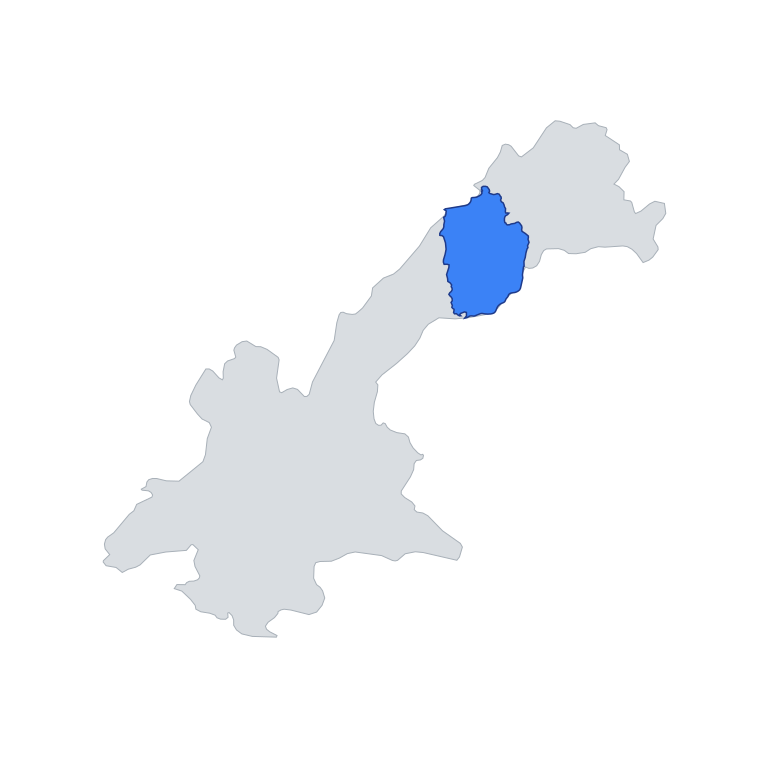 Laos, with Savannakhét highlighted, rotated 261°
{"feature_id": "LAO-3282", "entity_name": "Savannakhét", "entity_type": "Province", "adm_level": 1, "iso_a3": "LAO", "parent_name": "Laos", "parent_adm1": "", "projection": "robinson", "projection_center": [105.728, 16.499], "detail": "fine", "context": "in_parent", "style": "filled", "palette": "blue", "viewbox_px": 768, "rotation_deg": 261, "n_neighbors": 0, "source": "natural_earth", "source_scale": "10m", "svg_char_len": 6185}
<svg xmlns="http://www.w3.org/2000/svg" viewBox="0 0 768 768"><g transform="rotate(261 384 384)"><path d="M276.0,87.1L279.3,93.8L295.2,112.1L297.9,117.1L303.8,120.9L308.6,137.1L310.6,138.1L313.3,137.0L315.3,134.7L317.0,128.4L318.1,127.8L319.9,132.9L324.3,134.5L326.3,136.7L326.9,140.7L326.2,144.7L322.4,153.9L320.1,166.3L335.6,193.0L342.1,196.6L357.7,200.9L368.3,206.8L373.2,205.4L377.9,198.8L383.5,195.1L394.0,189.4L397.1,189.1L402.9,191.4L412.4,198.0L426.7,210.4L426.2,213.7L423.6,216.9L415.9,221.9L413.4,225.0L414.9,226.2L421.3,227.0L428.9,229.8L431.2,233.1L432.5,240.4L433.8,241.8L440.9,241.0L443.0,242.0L445.5,244.4L448.0,250.5L447.9,255.2L441.0,263.3L440.1,268.1L436.5,273.9L426.9,283.6L424.3,284.2L406.6,278.8L392.6,279.6L391.4,281.6L393.7,287.5L394.4,293.3L392.2,297.7L384.1,303.4L383.8,305.9L385.5,308.5L397.2,313.7L434.8,341.6L451.9,347.0L459.4,350.5L461.4,352.5L461.3,354.9L459.3,358.0L457.7,363.5L457.6,366.8L459.4,370.0L462.4,374.7L472.9,385.3L480.7,387.8L488.7,400.0L491.1,410.6L495.1,417.5L514.6,440.5L531.0,454.6L540.7,469.8L545.4,473.3L546.9,478.8L548.2,494.9L553.9,502.9L555.0,506.1L557.5,508.5L560.2,509.0L566.0,503.7L567.1,504.5L569.7,513.0L572.1,516.1L580.7,521.3L589.9,531.5L594.9,535.2L601.1,538.1L601.9,541.4L600.8,544.6L598.9,546.8L588.2,552.7L586.8,555.3L593.9,568.4L611.6,584.5L617.2,594.2L616.0,598.9L611.1,608.3L607.5,610.9L606.5,613.8L609.2,621.5L608.9,633.4L605.6,636.2L602.4,643.5L600.3,644.1L594.8,641.4L583.4,653.9L578.5,653.3L572.8,660.3L565.4,661.2L560.3,656.0L549.4,647.6L545.5,642.4L542.2,646.9L536.4,651.2L528.4,649.7L526.2,656.0L524.6,657.1L514.8,658.2L513.0,659.2L514.6,664.9L520.3,674.5L522.1,680.1L518.5,689.2L508.4,689.0L503.8,685.3L498.1,677.5L485.1,672.5L476.5,676.0L473.8,675.8L467.3,669.3L464.9,665.1L463.4,658.9L473.3,653.9L478.3,650.0L481.6,645.8L483.0,641.5L484.6,623.6L486.1,617.2L485.3,609.4L482.6,603.3L482.6,594.1L484.0,586.7L487.8,583.0L490.4,577.6L492.0,565.7L490.8,562.6L487.1,559.6L480.8,556.8L476.9,553.3L475.3,549.1L475.5,545.3L477.4,542.1L472.7,538.5L461.4,534.5L455.1,529.8L453.7,524.3L449.0,517.0L440.9,508.0L436.7,495.1L436.3,478.2L437.2,464.5L440.8,448.6L436.1,437.1L430.9,431.1L423.7,426.6L416.8,420.3L410.3,411.9L402.4,399.7L393.3,383.4L387.2,376.1L384.1,377.8L377.5,376.3L367.4,371.6L358.7,369.1L351.2,368.7L346.3,369.7L344.0,372.2L343.8,374.7L345.7,377.1L344.7,379.0L340.8,380.4L337.6,383.0L334.0,389.0L331.5,396.8L327.8,399.8L322.0,400.5L316.4,402.7L310.8,406.5L308.2,409.4L308.5,411.3L307.2,411.8L304.5,410.7L303.3,408.1L303.4,404.0L300.6,401.3L294.8,399.9L288.2,395.6L275.6,384.3L272.7,383.8L268.6,386.7L263.1,393.0L258.7,395.5L255.2,394.2L252.4,396.4L250.5,402.2L247.0,406.7L229.9,418.8L214.6,434.5L210.7,435.9L201.4,431.5L198.5,428.4L211.4,396.4L213.4,388.7L213.0,378.4L207.7,369.8L207.5,367.4L208.4,364.7L214.9,354.8L222.6,329.3L222.2,321.3L219.0,312.6L217.2,304.3L218.7,293.0L218.2,288.6L214.7,286.4L203.1,284.1L196.4,286.0L193.2,289.1L189.3,291.0L181.9,292.0L175.1,288.2L169.3,281.8L168.0,273.8L175.3,256.7L177.2,250.1L177.0,247.0L175.8,243.8L174.0,243.3L170.4,239.3L166.8,232.2L163.4,229.0L160.2,229.6L157.2,232.3L152.3,239.0L150.8,238.1L155.3,214.5L159.4,204.5L164.2,199.8L169.2,197.8L174.5,198.6L179.0,197.7L182.5,195.2L182.2,193.8L178.0,193.5L176.4,190.8L177.3,185.8L179.2,182.5L182.1,181.0L184.9,176.0L187.7,167.4L191.0,163.0L194.9,162.9L201.6,159.2L211.1,151.9L214.7,144.8L218.3,148.1L216.9,156.2L218.7,158.0L219.6,160.9L219.1,165.4L219.8,169.3L221.3,171.2L223.3,172.1L233.3,168.8L239.4,168.6L249.4,174.6L255.3,170.1L255.4,168.4L250.6,162.8L252.2,142.1L251.7,126.4L243.5,114.8L241.9,110.1L241.1,102.5L238.8,96.0L244.7,90.7L248.0,81.1L252.1,78.8L253.4,79.2L258.4,86.4L264.8,82.8L269.6,82.8L273.8,84.7L276.0,87.1Z" fill="#d9dde1" stroke="#a8b0b8" stroke-width="1"/><path d="M437.1,482.9L437.2,482.7L437.6,481.1L437.7,480.3L437.7,479.4L437.5,478.6L436.8,477.1L436.6,476.4L436.4,474.0L438.3,476.1L441.8,476.6L442.6,474.8L441.7,470.7L440.6,469.5L439.4,470.5L439.5,469.2L440.8,467.6L442.1,466.6L442.3,464.6L443.7,463.9L445.3,464.5L446.8,464.9L447.8,463.8L449.1,463.0L450.9,463.8L454.1,463.0L455.5,464.4L457.6,464.7L459.5,463.9L460.9,462.8L462.4,462.1L463.8,463.2L464.9,464.9L466.4,466.1L468.2,466.2L468.9,465.8L469.7,465.6L471.3,466.3L473.6,465.1L475.3,463.1L478.4,463.3L482.2,462.9L489.0,466.3L491.5,466.9L492.4,465.1L492.8,462.1L495.1,461.7L497.4,462.2L502.4,464.6L507.3,466.4L513.8,466.8L520.1,465.8L520.8,465.2L521.5,464.6L521.7,463.5L522.1,462.4L523.8,462.6L525.5,463.7L528.3,466.9L530.0,467.7L531.9,468.0L535.4,469.3L539.3,469.0L539.6,469.6L539.8,470.3L540.3,470.8L541.4,471.4L542.6,471.9L543.7,472.1L545.1,472.6L546.8,470.8L547.4,472.0L547.4,473.5L547.5,492.5L547.8,494.3L548.4,495.8L549.8,497.5L551.0,498.3L552.2,498.9L553.1,499.0L554.0,499.4L554.3,500.2L554.0,504.1L554.1,504.9L555.0,507.7L555.9,509.6L557.3,510.7L559.2,510.4L559.1,511.2L559.3,511.5L559.8,511.5L560.4,511.2L560.9,510.7L561.4,511.0L562.2,511.0L562.9,511.1L563.7,512.8L563.4,515.0L562.6,516.8L559.6,518.3L558.0,518.5L556.6,517.5L555.6,518.4L554.0,521.7L553.9,523.4L554.3,525.8L553.4,527.5L551.5,528.2L550.4,528.9L548.9,528.8L547.5,527.9L545.7,528.4L544.3,530.0L542.1,530.6L539.9,530.8L538.3,531.5L535.0,530.8L533.8,531.1L533.6,532.8L533.2,534.1L531.9,532.5L531.1,530.3L529.8,529.3L528.4,528.8L526.4,528.5L524.5,528.6L524.2,529.1L524.0,529.5L522.9,529.8L522.2,530.2L521.8,531.0L521.7,532.9L522.2,534.6L522.2,538.3L522.9,540.1L523.0,541.9L521.8,543.1L518.6,544.7L516.7,544.7L515.0,544.1L513.2,544.2L510.5,547.2L507.6,549.7L506.0,549.5L504.5,548.9L501.2,549.4L498.1,547.4L496.2,547.5L495.6,547.0L495.0,546.4L491.0,544.6L486.9,543.3L483.2,541.4L478.4,540.8L478.4,540.5L477.9,540.1L477.3,539.9L470.1,537.8L467.5,537.7L466.9,537.6L458.8,534.4L457.1,533.7L455.7,532.6L454.8,531.1L454.2,529.4L453.9,527.6L454.0,524.4L453.8,522.9L453.1,521.5L452.6,521.0L451.4,520.3L450.8,519.9L450.4,519.5L449.2,518.1L448.7,517.7L447.0,516.6L446.4,516.1L446.0,515.4L445.7,514.7L445.2,512.5L444.7,511.2L444.0,510.0L443.2,508.9L442.1,507.9L438.7,505.8L437.6,504.8L436.9,503.6L436.6,502.1L436.5,500.5L436.8,497.4L437.5,494.5L438.4,491.8L438.4,491.0L438.4,490.2L437.1,484.4L437.0,483.6L437.1,482.9Z" fill="#3b82f6" stroke="#1e3a8a" stroke-width="1.5"/></g></svg>